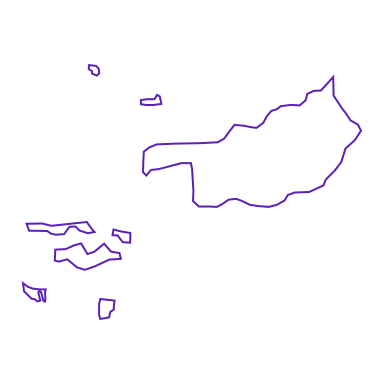 Gunsan-si, North Jeolla, South Korea (Natural Earth projection)
{"feature_id": "91817680B51344731064077", "entity_name": "Gunsan-si", "entity_type": "district", "adm_level": 2, "iso_a3": "KOR", "parent_name": "South Korea", "parent_adm1": "North Jeolla", "projection": "natural_earth1", "projection_center": [126.551, 35.9], "detail": "fine", "context": "isolated", "style": "outline", "palette": "violet", "viewbox_px": 384, "rotation_deg": 0, "n_neighbors": 0, "source": "geoboundaries", "source_scale": "gbopen_adm2", "svg_char_len": 1984}
<svg xmlns="http://www.w3.org/2000/svg" viewBox="0 0 384 384"><path d="M333.2,76.9L326.0,85.0L320.9,90.5L313.7,90.9L307.3,93.9L305.6,100.3L299.7,105.4L290.8,104.9L280.7,106.2L276.9,109.2L271.3,110.9L266.7,116.4L263.3,122.8L256.5,127.9L250.2,127.0L243.8,125.7L234.5,124.9L229.8,130.8L224.3,138.5L217.6,142.3L199.3,143.2L176.0,143.6L166.7,144.0L156.6,144.4L149.3,147.4L143.8,151.7L143.4,159.7L143.0,172.1L146.4,175.5L151.0,169.9L158.7,169.1L181.6,163.1L190.9,163.1L192.1,169.1L193.4,190.8L193.0,201.0L198.9,206.5L209.1,206.5L216.7,206.9L221.8,204.4L228.6,199.7L236.2,198.8L243.0,201.4L249.8,204.8L258.7,206.1L268.9,206.9L276.9,204.8L284.5,200.5L287.9,195.0L294.7,192.5L309.1,192.0L313.0,190.2L323.4,185.4L325.8,179.6L335.1,170.2L341.3,161.9L345.5,148.5L354.8,140.2L361.0,130.8L357.9,124.6L350.6,120.5L346.5,114.2L341.7,107.9L333.6,95.6L333.2,76.9ZM81.1,243.4L73.9,245.4L65.7,249.1L55.3,249.6L54.8,260.6L59.0,261.6L67.2,259.3L76.9,267.3L85.0,269.8L94.9,266.3L109.3,259.6L120.9,258.8L119.5,253.1L111.0,251.6L104.1,243.7L94.5,251.6L87.5,254.1L81.1,243.4ZM86.8,222.0L51.4,225.8L42.2,223.5L26.6,223.8L29.1,230.7L47.2,231.0L51.1,233.7L55.8,234.7L64.0,234.2L69.5,226.8L75.4,226.5L79.4,230.5L87.8,233.2L94.5,232.0L91.5,228.7L86.8,222.0ZM105.7,318.1L109.1,317.3L110.3,311.9L113.8,309.5L113.8,306.4L114.6,300.6L100.3,299.0L99.1,303.7L99.1,307.6L99.1,315.0L100.2,318.9L105.7,318.1ZM32.7,288.6L27.6,286.7L23.0,283.2L24.0,291.3L31.7,298.8L34.6,299.1L37.3,301.4L40.3,300.6L38.2,292.1L39.5,291.2L41.1,292.1L42.4,296.7L43.0,299.6L43.8,301.2L45.1,301.5L45.4,297.5L45.1,294.5L45.1,292.1L45.7,289.4L39.7,289.4L32.7,288.6ZM130.3,237.9L130.3,233.0L121.2,231.5L113.5,229.5L112.5,235.2L117.7,235.5L120.9,239.9L122.9,242.2L130.1,242.7L130.3,237.9ZM153.3,105.0L161.4,103.9L159.8,96.5L157.1,94.9L154.4,99.2L147.5,99.2L140.9,100.0L140.9,104.2L145.9,105.0L153.3,105.0ZM99.2,73.3L98.8,69.0L96.1,65.9L89.1,65.1L88.7,69.0L91.8,70.9L92.2,73.7L96.8,75.6L99.2,73.3Z" fill="none" stroke="#5b21b6" stroke-width="2"/></svg>